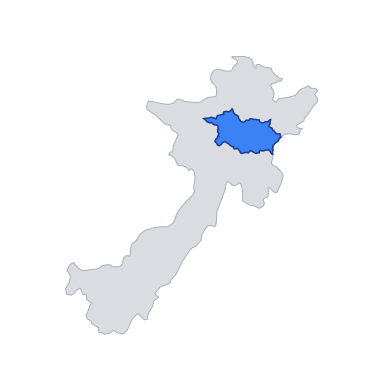 Louangphrabang on a map of Laos (Albers equal-area conic projection), rotated 77°
{"feature_id": "LAO-3289", "entity_name": "Louangphrabang", "entity_type": "Province", "adm_level": 1, "iso_a3": "LAO", "parent_name": "Laos", "parent_adm1": "", "projection": "albers", "projection_center": [102.548, 20.095], "detail": "fine", "context": "in_parent", "style": "filled", "palette": "blue", "viewbox_px": 384, "rotation_deg": 77, "n_neighbors": 0, "source": "natural_earth", "source_scale": "10m", "svg_char_len": 6340}
<svg xmlns="http://www.w3.org/2000/svg" viewBox="0 0 384 384"><g transform="rotate(77 192 192)"><path d="M133.5,50.9L135.3,54.2L143.5,62.9L144.9,65.3L147.9,67.1L150.4,74.9L151.4,75.3L152.8,74.8L153.8,73.7L154.7,70.7L155.2,70.4L156.2,72.9L158.5,73.6L159.5,74.7L159.8,76.5L159.5,78.5L157.5,82.9L156.4,88.8L164.5,101.5L167.8,103.2L175.9,105.3L181.4,108.1L183.9,107.4L186.3,104.2L189.2,102.4L194.6,99.6L196.1,99.5L199.1,100.5L204.1,103.6L211.6,109.5L211.3,111.1L210.0,112.6L206.0,115.0L204.8,116.5L205.6,117.1L208.9,117.4L212.8,118.7L214.0,120.3L214.7,123.8L215.4,124.5L219.1,124.0L220.2,124.5L221.5,125.6L222.8,128.5L222.8,130.7L219.3,134.7L218.9,137.0L217.0,139.8L212.1,144.4L210.8,144.7L201.6,142.3L194.3,142.7L193.7,143.7L195.0,146.5L195.4,149.3L194.2,151.4L190.1,154.2L189.9,155.3L190.8,156.6L196.9,159.0L216.6,172.1L225.6,174.6L229.5,176.2L230.5,177.1L230.5,178.3L229.5,179.8L228.7,182.4L228.7,184.0L229.6,185.5L231.2,187.7L236.8,192.7L240.9,193.8L245.2,199.6L246.6,204.6L248.7,207.9L259.1,218.6L267.8,225.2L273.1,232.3L275.6,233.9L276.4,236.5L277.3,244.2L280.4,247.9L281.0,249.5L282.3,250.6L283.8,250.8L286.7,248.2L287.4,248.5L288.8,252.5L290.1,254.0L294.7,256.3L299.7,261.1L302.3,262.8L305.6,264.1L306.1,265.6L305.6,267.2L304.6,268.2L299.0,271.2L298.3,272.4L302.2,278.6L311.8,286.0L314.9,290.5L314.3,292.8L311.8,297.3L309.9,298.6L309.4,300.0L311.0,303.6L311.0,309.3L309.3,310.7L307.7,314.2L306.5,314.5L303.6,313.3L297.7,319.4L295.1,319.2L292.1,322.6L288.2,323.1L285.5,320.7L279.6,316.9L277.5,314.5L275.7,316.7L272.7,318.8L268.4,318.1L267.4,321.2L266.5,321.7L261.3,322.3L260.4,322.8L261.3,325.5L264.4,330.1L265.4,332.7L263.6,337.0L258.2,337.0L255.7,335.3L252.6,331.7L245.7,329.4L241.1,331.2L239.7,331.1L236.2,328.1L234.9,326.1L234.0,323.2L239.3,320.7L241.9,318.8L243.6,316.8L244.3,314.8L245.0,306.2L245.7,303.1L245.2,299.5L243.7,296.6L243.7,292.2L244.3,288.6L246.3,286.8L247.6,284.3L248.4,278.5L247.7,277.1L245.7,275.7L242.4,274.4L240.3,272.8L239.4,270.8L239.5,269.0L240.5,267.5L238.0,265.8L232.0,264.0L228.6,261.8L227.9,259.2L225.3,255.7L221.0,251.5L218.7,245.4L218.3,237.3L218.8,230.8L220.5,223.2L218.0,217.7L215.2,214.9L211.4,212.8L207.8,209.8L204.3,205.9L200.1,200.0L195.3,192.3L192.1,188.9L190.4,189.7L187.0,189.0L181.7,186.8L177.1,185.6L173.2,185.4L170.7,186.0L169.5,187.2L169.4,188.3L170.4,189.5L169.9,190.4L167.8,191.0L166.2,192.3L164.3,195.2L163.1,198.9L161.1,200.3L158.1,200.7L155.2,201.7L152.3,203.6L150.9,204.9L151.1,205.9L150.4,206.1L149.0,205.6L148.3,204.3L148.4,202.4L146.9,201.1L143.9,200.4L140.4,198.3L133.9,193.0L132.3,192.7L130.2,194.1L127.3,197.1L125.0,198.3L123.2,197.7L121.8,198.7L120.8,201.4L118.9,203.6L110.0,209.3L102.0,216.7L99.9,217.4L95.1,215.3L93.6,213.8L100.3,198.6L101.4,194.9L101.2,190.0L98.4,185.8L98.3,184.7L98.8,183.4L102.2,178.7L106.2,166.5L106.0,162.7L104.3,158.5L103.4,154.6L104.2,149.2L104.0,147.1L102.1,146.0L96.1,144.9L92.6,145.7L91.0,147.2L88.9,148.1L85.1,148.5L81.6,146.7L78.6,143.5L77.9,139.7L81.8,131.6L82.7,128.5L82.7,127.0L82.0,125.4L81.1,125.2L79.2,123.3L77.4,119.8L75.7,118.3L74.0,118.5L72.5,119.8L69.9,123.0L69.1,122.5L71.5,111.3L73.7,106.5L76.1,104.3L78.7,103.4L81.5,103.8L83.7,103.4L85.6,102.3L85.4,101.6L83.3,101.4L82.4,100.1L82.9,97.7L83.9,96.2L85.4,95.5L86.8,93.1L88.3,89.0L90.0,86.9L92.0,86.9L95.4,85.2L100.3,81.7L102.2,78.4L104.0,79.9L103.3,83.8L104.3,84.7L104.7,86.0L104.4,88.2L104.8,90.1L105.5,91.0L106.6,91.4L111.8,89.9L114.9,89.8L120.0,92.7L123.1,90.6L123.1,89.8L120.6,87.1L121.4,77.2L121.1,69.7L117.0,64.1L116.1,61.9L115.7,58.2L114.5,55.1L117.6,52.6L119.2,48.1L121.3,47.0L122.0,47.1L124.6,50.6L127.8,48.9L130.3,48.9L132.4,49.8L133.5,50.9Z" fill="#d9dde1" stroke="#a8b0b8" stroke-width="1"/><path d="M158.8,93.1L159.1,94.4L159.3,95.0L159.4,95.3L159.6,95.5L159.8,95.6L160.3,95.5L161.1,95.9L161.6,96.5L162.3,98.0L163.3,100.2L163.9,101.2L164.8,102.3L165.3,102.8L165.5,102.9L165.8,103.1L166.4,103.1L166.7,103.2L167.0,103.4L167.4,103.7L167.7,103.8L168.1,103.8L168.3,103.7L168.7,103.6L169.0,103.6L169.5,103.7L171.3,104.7L172.2,105.0L172.5,105.0L173.5,104.8L173.6,105.0L173.4,105.3L171.7,106.2L169.9,106.8L169.1,107.3L168.4,107.8L168.0,109.2L167.8,110.8L168.0,112.8L167.6,114.8L166.8,115.7L167.2,116.6L167.9,117.5L168.4,117.7L169.0,117.7L168.8,118.2L168.6,118.7L168.8,119.9L168.7,121.2L168.1,122.1L165.9,124.3L164.9,125.8L165.3,126.6L166.4,128.0L166.6,128.5L166.3,128.9L165.9,129.1L165.7,129.6L165.7,130.1L165.6,130.9L165.5,133.3L165.7,134.7L165.2,135.5L164.6,136.0L163.0,136.2L162.2,136.5L161.6,137.0L160.6,137.4L159.7,138.0L159.7,139.6L159.5,141.2L158.3,141.5L157.0,141.4L157.1,142.2L156.7,142.8L155.2,144.2L153.3,145.5L152.7,146.1L152.2,146.9L150.7,148.0L150.4,149.8L150.8,151.5L151.7,152.3L152.5,153.3L153.1,155.2L151.8,156.6L150.0,157.1L147.7,158.3L146.5,157.4L145.5,156.4L145.2,155.7L144.8,155.0L144.2,154.8L143.5,154.5L143.8,154.0L143.9,153.4L143.0,153.5L142.1,153.4L141.6,153.0L141.1,152.7L140.2,153.0L139.1,153.6L138.1,152.9L137.0,153.1L136.5,152.7L136.1,152.2L135.3,152.0L134.4,152.0L133.3,152.2L132.3,152.8L131.8,154.9L131.4,155.3L130.8,155.7L130.5,156.2L130.1,156.5L129.4,156.8L129.1,157.2L128.7,158.6L127.8,160.6L126.2,162.1L125.2,162.3L124.9,162.6L124.7,162.9L124.0,163.4L123.1,164.1L123.4,160.8L123.7,159.7L123.7,159.0L123.5,157.0L123.5,156.4L123.7,155.9L124.5,154.8L124.6,154.1L124.9,153.6L126.0,152.5L126.2,152.1L125.9,151.8L124.6,151.2L124.1,150.9L123.7,150.4L123.5,150.0L123.3,149.5L123.3,144.9L123.6,143.7L123.3,143.5L122.4,143.6L121.5,143.5L121.1,142.7L121.1,140.6L121.4,140.0L122.0,138.4L121.9,136.8L121.6,136.2L121.1,135.7L120.6,135.1L119.9,134.2L121.2,133.8L123.8,133.6L125.0,133.3L126.0,132.5L127.7,130.7L128.5,130.0L129.0,129.8L130.8,130.0L131.3,129.9L133.1,128.9L134.1,128.7L134.7,127.7L135.5,126.9L135.7,125.8L135.3,124.7L134.3,123.4L134.4,121.9L134.8,121.0L134.7,120.1L134.2,119.6L133.8,119.0L133.9,117.9L135.3,114.9L135.9,113.0L136.7,111.2L136.8,110.4L139.0,110.1L140.1,108.9L140.6,107.3L140.6,106.7L140.4,106.1L140.1,105.6L140.2,105.2L140.0,104.4L140.5,103.0L140.5,102.3L140.3,101.4L139.2,100.1L139.2,99.1L140.4,99.7L141.4,100.4L142.3,100.4L143.3,100.6L143.7,101.0L143.8,101.6L145.5,102.3L147.4,100.1L148.1,99.6L148.8,99.5L149.9,99.6L150.4,98.6L150.9,98.3L153.0,97.4L153.0,97.2L153.5,96.9L154.4,96.8L154.7,96.2L154.7,95.3L154.9,93.7L155.2,93.1L155.7,93.1L156.2,93.3L158.8,93.1L158.8,93.1Z" fill="#3b82f6" stroke="#1e3a8a" stroke-width="1.5"/></g></svg>